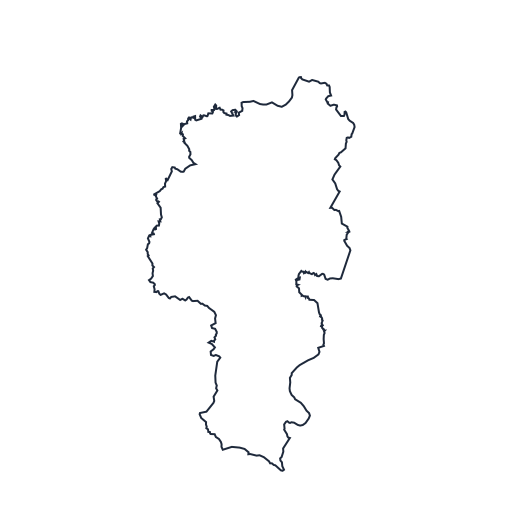 outline of 24 de Mayo, Manabi, Ecuador, rotated 210°
{"feature_id": "8360857B81048544444838", "entity_name": "24 de Mayo", "entity_type": "district", "adm_level": 2, "iso_a3": "ECU", "parent_name": "Ecuador", "parent_adm1": "Manabi", "projection": "orthographic", "projection_center": [-80.362, -1.38], "detail": "fine", "context": "isolated", "style": "outline", "palette": "slate", "viewbox_px": 512, "rotation_deg": 210, "n_neighbors": 0, "source": "geoboundaries", "source_scale": "gbopen_adm2", "svg_char_len": 6124}
<svg xmlns="http://www.w3.org/2000/svg" viewBox="0 0 512 512"><g transform="rotate(210 256 256)"><path d="M336.6,181.6L334.4,180.6L331.7,181.5L329.6,181.0L329.1,180.3L329.4,178.7L327.2,176.5L326.1,174.1L324.1,175.0L323.8,176.3L323.0,176.7L320.9,175.0L319.2,174.6L316.9,177.7L314.6,177.7L310.5,176.0L309.3,176.2L308.9,178.2L305.9,180.6L299.7,180.0L298.3,182.2L295.1,182.1L294.4,183.5L294.2,185.9L293.4,187.0L289.3,185.2L288.1,185.4L284.2,188.0L279.8,187.0L278.6,187.9L275.5,187.5L273.3,188.4L270.8,187.5L264.2,186.8L261.1,184.7L260.2,181.4L257.4,177.7L260.1,173.4L258.0,171.6L255.0,172.5L252.0,170.6L251.3,169.2L251.5,167.9L250.8,167.0L251.3,164.8L249.6,163.4L250.0,161.7L249.5,160.8L252.3,160.2L253.7,157.3L250.3,157.7L245.9,156.3L246.1,154.1L247.5,150.6L245.5,147.8L242.7,148.3L241.3,150.2L237.6,150.7L236.1,150.1L236.7,145.1L231.5,132.1L227.7,126.1L225.2,124.2L224.4,121.5L222.2,120.2L222.4,113.0L219.7,109.6L219.4,107.5L221.1,96.4L226.0,92.0L225.7,90.8L222.4,88.3L216.2,87.2L215.1,85.1L213.3,83.5L212.9,82.0L210.9,81.9L209.3,79.8L208.0,80.5L206.9,79.3L206.2,79.2L202.7,81.0L200.3,79.2L196.6,79.0L193.4,77.4L191.7,75.8L190.5,73.5L187.9,71.6L181.5,78.6L174.3,81.9L169.4,83.2L164.3,82.3L163.5,80.5L162.0,81.6L155.7,83.4L153.3,85.2L148.6,85.7L142.0,84.7L140.1,83.5L138.5,84.4L136.2,83.9L134.6,84.4L127.2,82.8L125.6,83.3L124.9,84.9L128.1,87.1L130.4,90.3L132.6,91.1L133.9,92.8L133.3,94.7L134.5,100.2L136.3,102.9L135.7,115.3L137.3,114.9L138.6,115.5L140.1,117.2L144.8,119.7L144.9,120.7L147.4,124.2L147.1,127.5L146.2,128.6L143.8,128.2L143.0,128.5L142.2,129.7L139.7,130.7L135.4,130.6L133.0,131.2L131.0,133.0L129.6,136.1L129.1,141.6L129.5,144.7L131.5,146.5L134.9,147.3L139.5,149.8L143.8,151.3L150.5,151.5L152.2,152.7L155.7,153.5L159.1,155.9L160.8,158.2L163.1,163.6L165.7,167.4L165.6,170.8L166.5,172.4L164.9,179.9L163.6,183.4L158.7,191.8L155.1,196.6L152.7,202.0L153.1,204.7L156.2,207.6L152.2,212.1L153.3,212.9L153.5,214.4L155.9,217.9L157.8,221.6L158.1,223.6L159.3,224.7L159.1,225.8L159.7,225.4L160.4,226.3L161.0,226.1L161.1,226.5L162.8,226.8L163.4,227.8L164.6,227.7L164.7,228.5L163.7,229.4L165.6,230.6L166.0,233.4L167.0,233.7L167.1,234.5L168.3,235.6L169.1,235.6L169.7,236.4L170.3,236.0L170.5,237.2L171.7,237.4L173.2,238.6L179.2,245.9L183.7,246.9L187.9,244.8L188.9,245.7L190.1,245.6L190.8,246.8L192.8,245.8L192.6,245.2L193.3,245.7L194.8,244.9L196.1,245.1L196.6,244.4L197.2,245.4L200.4,246.2L202.6,249.5L205.6,250.0L206.0,251.0L205.2,252.1L207.0,251.7L208.3,254.2L209.7,255.4L209.0,256.9L208.0,256.1L206.6,257.4L207.3,259.3L208.3,258.5L209.2,259.7L209.8,261.8L209.3,265.7L208.4,265.5L207.1,266.1L206.0,265.2L205.5,267.1L204.8,266.3L204.2,267.4L202.3,267.3L202.1,268.5L201.3,267.9L198.5,268.2L197.8,270.0L196.9,270.1L195.3,269.0L194.7,270.5L193.1,269.2L191.4,269.9L189.8,273.6L189.2,274.0L187.7,274.0L184.3,271.0L182.1,271.3L180.7,273.5L178.4,275.1L173.0,277.2L171.2,278.9L177.1,308.1L179.0,309.7L182.2,310.4L187.2,313.3L187.5,314.0L186.0,316.0L186.5,316.2L188.1,319.8L187.9,322.8L187.3,323.7L187.7,324.0L188.3,323.5L188.0,324.3L191.0,326.1L191.5,327.1L197.9,327.0L201.8,332.5L206.5,336.6L207.2,336.0L209.9,335.9L211.1,335.0L214.3,335.8L215.7,334.9L215.8,353.7L217.4,353.6L219.2,354.4L223.7,358.5L228.1,360.5L228.7,365.8L227.7,375.6L229.4,376.1L231.4,377.9L234.4,379.2L236.1,379.2L236.3,380.4L235.2,385.0L235.3,387.0L234.3,388.2L232.3,394.0L234.4,398.4L234.6,400.2L235.7,401.4L236.5,403.7L235.6,404.7L234.4,404.8L233.1,406.9L234.1,409.3L233.9,410.2L235.1,417.0L236.6,418.8L238.4,419.8L242.5,420.0L244.6,420.7L249.7,425.5L250.8,425.8L251.3,425.1L250.0,422.6L249.9,421.2L252.4,419.7L259.9,422.9L260.7,425.0L260.5,426.0L261.2,426.9L264.2,426.0L266.7,423.3L270.1,423.9L270.5,425.1L271.1,424.8L273.9,426.5L274.0,427.4L273.3,430.6L271.2,432.5L273.8,434.6L276.7,439.2L278.0,440.2L279.6,439.3L281.1,440.4L283.0,440.4L286.0,437.9L287.2,437.6L289.2,438.1L295.4,436.5L297.2,433.5L304.2,432.1L305.9,432.6L306.4,433.4L307.3,433.0L308.1,432.0L307.7,417.7L304.9,413.5L304.1,411.1L304.7,406.3L305.9,402.0L308.3,398.1L312.4,396.9L319.0,397.0L322.7,392.4L325.4,390.8L328.5,389.6L335.7,389.0L338.4,386.5L344.1,382.9L345.1,381.5L343.3,378.6L341.6,377.3L340.5,374.8L342.6,371.5L341.1,369.6L342.3,367.2L343.2,367.4L344.6,368.7L344.9,371.1L346.0,370.5L345.8,371.9L347.1,372.3L349.2,370.6L349.8,368.8L345.8,366.3L348.6,364.3L350.2,364.3L352.3,363.6L352.8,364.6L354.9,363.9L356.3,364.4L356.9,365.8L358.4,365.8L359.9,365.0L361.6,366.2L363.3,363.8L364.3,363.4L365.7,366.4L367.0,366.8L367.1,364.2L365.4,362.4L365.3,361.5L367.4,360.3L367.0,359.6L365.3,359.3L365.1,357.6L368.6,355.7L368.0,353.1L368.3,352.5L371.5,351.8L371.9,351.4L371.8,349.7L374.3,350.0L374.1,348.7L372.1,348.4L371.8,347.6L375.5,343.6L376.8,343.6L378.7,346.7L379.8,345.5L378.9,344.5L381.0,344.0L381.5,343.3L380.9,341.4L381.6,341.5L382.5,342.7L383.3,342.5L383.5,341.2L382.7,339.6L383.1,338.1L381.9,336.5L383.9,334.5L384.7,331.2L385.4,331.6L385.7,333.9L386.5,333.8L387.1,332.9L384.9,329.5L383.0,324.3L382.1,324.6L381.9,325.2L381.6,324.3L381.1,324.9L380.1,324.8L379.6,323.4L376.2,322.5L377.2,321.2L376.0,320.1L376.1,318.9L374.6,318.8L374.5,318.2L370.5,317.1L367.2,315.1L366.5,313.7L364.9,313.3L363.6,311.3L363.5,308.4L362.9,307.6L359.6,306.9L356.8,305.4L354.3,305.3L358.3,301.6L360.9,296.2L360.8,293.0L361.3,292.4L363.3,291.4L367.4,291.8L369.6,291.3L370.6,292.0L372.9,291.1L372.9,289.0L371.2,287.2L370.5,277.6L372.5,278.1L372.7,277.7L371.3,276.0L371.0,273.2L369.4,270.7L370.6,269.4L370.6,267.5L371.4,266.5L371.8,264.0L375.0,258.5L374.6,258.1L373.0,258.9L372.8,257.8L370.3,256.2L370.7,255.4L370.5,254.6L368.8,253.8L367.9,254.5L367.2,254.4L367.7,252.4L362.7,250.1L359.0,244.4L356.9,242.4L356.8,240.3L357.6,239.7L356.1,238.1L357.7,237.3L356.0,235.7L355.3,233.8L357.1,232.7L357.7,230.3L356.9,230.6L356.1,229.3L356.7,228.5L357.9,228.6L358.1,228.0L357.6,224.1L355.8,224.3L355.3,223.8L358.1,221.4L357.4,220.3L358.7,220.1L358.4,217.2L355.3,214.9L354.9,213.5L355.5,212.1L354.2,208.4L354.3,206.5L351.7,205.2L350.9,203.7L349.3,202.8L349.7,201.8L341.9,197.7L341.0,196.0L338.8,195.4L339.2,193.6L337.7,191.8L337.0,189.4L335.3,187.1L335.5,184.0L336.6,181.6Z" fill="none" stroke="#1e293b" stroke-width="2"/></g></svg>